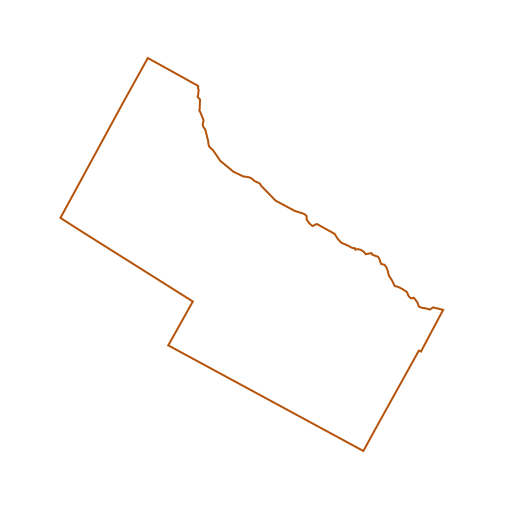 Kavango, Mercator projection, rotated 29°
{"feature_id": "NAM-3354", "entity_name": "Kavango", "entity_type": "Region", "adm_level": 1, "iso_a3": "NAM", "parent_name": "Namibia", "parent_adm1": "", "projection": "mercator", "projection_center": [19.863, -18.289], "detail": "fine", "context": "isolated", "style": "outline", "palette": "amber", "viewbox_px": 512, "rotation_deg": 29, "n_neighbors": 0, "source": "natural_earth", "source_scale": "10m", "svg_char_len": 1599}
<svg xmlns="http://www.w3.org/2000/svg" viewBox="0 0 512 512"><g transform="rotate(29 256 256)"><path d="M65.4,135.3L82.6,135.3L115.3,135.3L122.1,135.3L123.1,135.4L123.3,136.2L123.8,137.4L124.6,137.9L125.4,138.6L127.5,143.7L127.7,145.1L128.1,145.3L131.1,146.2L135.5,154.8L135.9,156.3L137.6,157.2L144.3,162.7L144.7,163.7L145.3,166.1L146.0,167.3L147.2,168.5L149.6,169.7L150.8,170.5L158.1,178.3L160.6,181.7L162.4,183.2L167.3,184.4L178.7,190.1L195.3,193.2L206.1,192.6L210.5,190.9L213.2,190.3L214.6,190.3L218.4,191.1L224.1,190.7L226.1,192.0L246.4,198.1L268.2,197.8L275.5,196.2L278.4,195.9L281.0,196.6L282.2,199.0L283.3,199.9L286.0,201.2L288.9,202.1L290.9,202.3L291.6,201.6L293.1,199.1L293.9,198.5L314.0,198.5L318.8,201.2L323.2,202.8L324.5,203.0L331.9,202.3L335.4,202.3L337.0,202.1L338.8,201.2L339.8,202.3L341.7,200.6L344.7,199.8L348.1,200.0L351.1,201.2L355.5,197.5L356.9,198.4L358.7,198.3L362.9,197.5L364.4,198.1L369.4,202.3L372.7,201.4L375.8,202.8L378.7,205.4L381.2,208.2L382.5,209.2L386.8,211.4L390.5,214.1L392.1,215.0L395.3,214.1L400.4,213.9L405.0,214.3L407.0,215.4L407.9,216.5L410.1,217.5L412.1,217.8L413.1,217.3L414.0,216.1L416.2,216.7L420.0,218.6L422.8,221.2L426.1,220.9L429.9,219.5L434.0,218.6L435.8,215.1L445.8,212.4L446.6,259.6L444.3,259.8L444.3,263.6L444.3,269.1L444.3,274.5L444.3,280.0L444.3,285.5L444.3,291.0L444.3,296.5L444.3,302.0L444.3,307.4L444.3,312.9L444.3,318.4L444.3,323.9L444.3,329.4L444.3,334.9L444.3,340.4L444.3,345.9L444.3,351.4L444.4,368.2L444.4,374.5L222.6,376.7L222.8,326.4L90.1,319.0L66.5,317.5L65.4,185.6L65.4,135.3Z" fill="none" stroke="#b45309" stroke-width="2"/></g></svg>